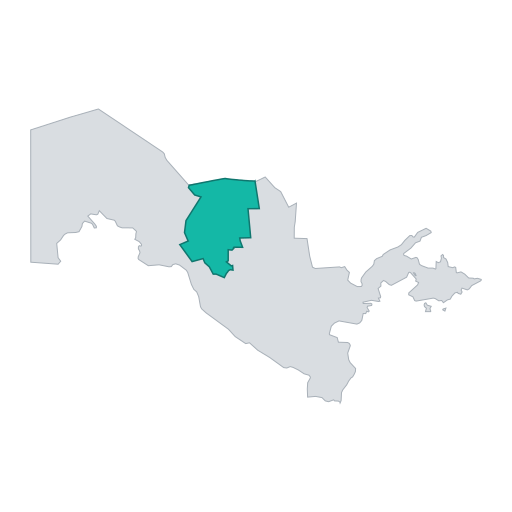 Uchkuduk, Navoi, Uzbekistan (highlighted)
{"feature_id": "79887680B40306907655933", "entity_name": "Uchkuduk", "entity_type": "district", "adm_level": 2, "iso_a3": "UZB", "parent_name": "Uzbekistan", "parent_adm1": "Navoi", "projection": "mercator", "projection_center": [63.246, 42.277], "detail": "fine", "context": "in_parent", "style": "filled", "palette": "teal", "viewbox_px": 512, "rotation_deg": 0, "n_neighbors": 0, "source": "geoboundaries", "source_scale": "gbopen_adm2", "svg_char_len": 4837}
<svg xmlns="http://www.w3.org/2000/svg" viewBox="0 0 512 512"><path d="M417.7,232.4L426.1,228.3L430.8,231.1L431.2,232.6L426.0,235.6L421.4,237.3L420.0,241.1L415.5,242.8L410.9,248.1L403.7,253.5L403.6,254.6L404.2,255.5L406.5,256.1L411.3,259.0L415.9,257.4L417.0,257.7L418.2,259.5L419.5,264.3L421.5,265.6L428.1,268.1L433.0,268.1L435.5,269.1L435.9,268.7L436.2,261.5L438.3,262.7L440.5,261.8L441.4,258.2L441.0,255.9L442.6,254.5L443.5,255.4L443.6,257.6L446.0,259.0L447.7,262.6L448.2,266.6L452.8,267.7L454.5,266.9L455.7,267.4L456.3,272.5L457.0,272.9L461.0,271.9L464.7,274.1L468.7,278.0L473.2,278.2L474.2,278.9L477.4,278.3L481.2,279.4L481.3,280.0L480.6,280.9L471.7,285.6L469.3,288.8L467.3,289.9L462.0,288.1L461.1,290.1L462.1,292.0L460.8,294.2L458.1,293.4L457.5,292.3L454.9,292.9L451.8,296.3L450.3,299.1L447.4,299.9L443.4,302.7L441.7,300.5L438.8,300.8L435.1,298.5L433.2,298.1L416.1,301.1L414.7,300.6L412.9,296.8L408.7,294.8L408.8,292.9L417.6,284.9L418.6,282.5L415.7,281.1L416.2,279.0L410.5,272.6L409.5,272.2L408.7,272.5L406.6,277.2L391.4,285.3L389.2,284.6L385.7,281.5L383.5,280.5L380.8,283.0L380.9,286.1L378.1,288.5L380.7,296.7L380.4,297.8L378.4,298.1L379.9,301.2L378.7,301.5L371.4,300.3L363.0,302.2L363.2,303.5L370.7,303.3L371.8,303.9L371.9,304.9L371.5,305.5L367.5,306.2L367.1,307.5L369.2,311.1L368.3,311.9L366.8,311.2L365.7,313.6L363.2,313.5L361.8,320.4L359.7,322.9L356.9,324.1L339.0,320.9L334.4,323.1L331.3,326.2L329.3,333.8L329.5,334.7L337.2,337.6L338.4,342.2L347.6,342.5L349.1,343.3L349.9,344.4L350.3,345.7L347.7,353.1L348.7,359.7L350.2,362.7L355.6,368.5L355.4,371.6L354.1,374.4L352.6,376.9L351.0,377.9L348.7,381.0L346.7,384.8L342.8,389.8L341.5,392.6L341.1,400.6L340.1,403.0L339.9,402.1L338.5,401.1L334.5,400.9L333.7,399.8L328.6,401.7L325.3,400.9L322.0,397.6L315.6,396.4L307.6,397.1L307.3,388.9L307.7,382.7L310.4,377.8L310.3,376.9L309.0,375.2L304.1,373.8L298.4,370.0L293.1,367.4L290.2,366.6L286.8,368.0L283.7,367.6L269.7,357.5L257.7,350.2L249.5,342.8L245.7,343.6L235.2,336.6L228.4,329.2L206.0,312.8L201.6,308.8L200.5,306.7L198.7,296.6L196.7,291.9L193.8,289.3L191.4,284.4L187.7,272.4L186.3,270.2L179.6,265.1L175.7,263.8L172.8,264.6L171.3,266.6L169.0,266.8L159.1,264.8L148.3,265.7L138.7,259.5L138.1,258.5L138.2,256.8L140.0,252.7L139.6,250.9L138.4,248.9L138.4,246.9L139.2,245.7L141.0,246.1L141.6,245.3L141.4,244.2L139.2,241.6L134.8,239.3L135.7,237.7L135.9,233.7L136.5,231.6L136.0,230.9L132.7,227.9L122.0,227.8L119.4,226.9L117.4,225.8L115.3,221.3L114.3,220.2L106.9,218.5L99.3,210.7L97.8,214.2L96.4,214.8L90.7,213.9L87.8,216.1L94.8,224.0L96.4,226.3L96.3,227.8L94.3,228.0L92.5,224.2L91.3,223.2L84.6,221.1L82.4,223.5L81.9,226.5L79.0,231.7L75.6,232.5L67.6,232.8L65.2,234.0L63.6,235.4L60.6,239.9L56.7,243.4L58.1,257.7L60.7,261.2L58.1,264.2L30.8,262.2L30.7,129.9L70.1,117.2L98.4,109.0L162.8,152.1L164.3,153.8L165.2,157.5L166.9,160.4L188.6,185.0L220.6,180.1L253.0,182.9L265.2,177.0L274.8,187.7L280.7,191.6L288.7,207.2L296.5,203.1L295.2,221.6L294.3,227.2L294.2,238.2L307.0,238.6L309.7,256.2L312.5,267.2L315.3,268.5L339.5,266.9L341.3,267.7L344.7,266.6L346.9,270.1L349.4,272.4L347.7,280.1L350.6,283.1L357.3,286.6L361.4,286.5L362.2,285.2L362.0,283.5L361.0,281.6L361.1,279.4L361.7,277.7L365.8,272.0L372.3,266.3L373.8,264.2L374.4,260.6L376.7,258.6L382.3,256.3L383.2,254.5L390.1,249.9L397.9,247.0L401.4,244.7L404.9,240.3L409.8,235.6L411.8,235.5L413.1,237.0L414.3,237.1L417.7,232.4ZM416.1,275.6L415.2,273.4L413.9,272.6L413.4,272.9L415.3,275.7L416.1,275.6ZM430.6,311.6L425.5,311.6L426.4,308.2L424.5,306.6L424.1,304.9L424.6,303.4L425.8,302.8L427.3,305.2L431.2,306.3L429.9,308.7L430.8,311.2L430.6,311.6ZM445.9,308.1L444.9,311.1L442.7,309.8L443.1,309.0L445.9,308.1Z" fill="#d9dde1" stroke="#a8b0b8" stroke-width="1"/><path d="M224.3,277.6L226.4,273.4L227.3,272.4L228.6,270.5L230.3,269.7L233.0,270.1L232.6,265.5L231.3,265.9L226.4,261.9L228.2,260.8L228.2,249.7L232.0,250.1L233.8,248.3L233.5,247.9L234.0,247.2L242.6,247.3L240.2,240.9L239.7,238.0L250.7,237.7L248.0,208.7L259.3,208.6L255.0,181.0L254.9,181.1L254.0,181.0L253.7,181.0L251.2,180.9L250.9,180.9L250.5,180.9L249.9,180.9L249.7,180.9L247.1,180.7L246.7,180.7L245.9,180.6L245.6,180.6L245.3,180.6L242.8,180.4L242.4,180.3L241.2,180.2L239.1,180.1L237.7,179.9L234.4,179.6L231.0,179.3L230.4,179.2L228.8,179.0L227.1,178.8L225.4,178.5L225.2,178.5L224.9,178.5L221.6,179.0L220.6,179.2L218.1,179.7L217.5,179.8L215.1,180.2L214.7,180.3L213.5,180.5L212.5,180.7L209.9,181.2L208.2,181.6L205.8,182.0L204.8,182.2L204.2,182.3L201.7,182.8L201.4,182.9L200.2,183.1L199.8,183.2L199.7,183.2L197.8,183.6L197.3,183.7L196.5,183.9L194.8,184.2L193.7,184.4L192.4,184.7L189.6,185.2L189.2,185.2L188.5,187.7L194.7,195.0L201.0,196.9L192.9,209.7L186.0,220.6L184.5,232.6L187.7,240.0L188.2,241.0L179.8,244.6L192.1,261.6L203.1,258.6L204.8,262.8L209.3,266.8L213.2,274.1L216.1,274.1L224.3,277.6Z" fill="#14b8a6" stroke="#0f766e" stroke-width="1.5"/></svg>